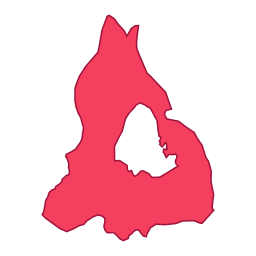 outline of Oyun, Kwara, Nigeria
{"feature_id": "59680162B5525087107293", "entity_name": "Oyun", "entity_type": "district", "adm_level": 2, "iso_a3": "NGA", "parent_name": "Nigeria", "parent_adm1": "Kwara", "projection": "equal_earth", "projection_center": [4.677, 8.186], "detail": "fine", "context": "isolated", "style": "filled", "palette": "rose", "viewbox_px": 256, "rotation_deg": 0, "n_neighbors": 0, "source": "geoboundaries", "source_scale": "gbopen_adm2", "svg_char_len": 2560}
<svg xmlns="http://www.w3.org/2000/svg" viewBox="0 0 256 256"><path d="M202.0,223.4L213.8,210.2L212.2,208.5L212.4,204.7L213.6,194.5L211.0,181.5L211.2,171.1L208.6,161.5L205.9,157.5L202.1,145.4L197.7,139.0L194.1,132.4L186.3,127.2L178.6,121.3L166.7,118.9L164.4,114.1L165.8,110.6L171.5,109.0L169.7,104.2L168.8,101.5L165.7,92.4L150.8,76.6L147.0,73.1L139.3,55.0L136.8,48.6L136.5,42.9L137.0,36.9L138.5,25.5L134.7,26.0L131.3,28.5L126.9,36.2L124.3,30.9L117.9,23.9L114.4,18.8L109.2,15.4L107.2,16.3L101.9,30.6L101.2,35.0L99.2,46.5L97.9,52.3L95.4,55.2L85.6,66.6L79.5,76.1L76.0,84.9L75.0,89.0L75.0,93.4L75.0,100.8L76.0,106.6L78.2,113.1L80.8,117.8L81.4,120.2L83.5,127.7L81.8,139.5L80.0,142.9L75.7,149.0L72.2,151.4L66.3,154.3L65.7,156.6L66.9,158.1L68.7,163.2L68.8,164.8L68.5,167.1L69.4,171.0L69.0,174.9L66.3,175.4L64.7,177.2L62.2,179.2L61.8,181.5L60.0,183.6L55.6,186.7L55.1,188.8L52.3,189.9L50.5,191.1L49.3,192.4L48.4,194.7L47.7,197.3L46.7,198.6L45.6,201.1L44.9,205.5L43.7,211.9L42.9,213.1L42.2,214.7L45.8,218.3L59.8,228.5L66.7,231.6L72.6,229.2L79.3,225.6L81.8,224.9L83.8,224.4L86.7,221.0L92.5,217.1L95.4,215.9L97.7,215.0L101.9,215.9L104.8,218.3L105.0,220.9L103.9,226.5L104.3,227.8L104.8,229.8L106.7,232.3L106.8,232.5L110.0,232.8L113.3,232.5L116.3,234.9L119.8,238.8L123.4,240.6L128.1,238.5L129.0,235.5L131.7,233.7L133.5,231.6L134.1,231.2L136.2,229.8L139.1,230.4L141.1,233.4L143.4,236.0L146.3,236.7L146.9,234.1L150.5,227.7L156.1,224.1L161.9,224.5L164.4,224.7L170.4,224.1L175.8,223.5L182.5,221.0L187.5,220.8L190.2,220.7L194.0,220.7L199.5,222.9L202.0,223.4ZM114.5,146.3L117.1,140.9L119.3,136.5L122.3,131.0L124.5,122.5L124.9,120.9L125.9,118.1L128.4,114.2L129.7,112.4L133.7,108.3L136.2,104.9L140.0,102.9L142.5,103.9L145.5,105.2L147.1,106.6L150.4,108.2L152.7,112.5L153.9,114.7L154.9,117.0L156.5,119.3L157.0,121.0L157.4,121.7L157.2,122.7L157.5,124.2L157.7,125.7L158.1,131.1L158.9,134.2L158.8,136.0L161.1,137.5L159.3,141.5L160.4,142.4L159.7,144.4L160.3,145.0L160.9,145.7L162.1,146.9L163.8,145.0L165.5,142.7L165.9,142.7L166.0,142.8L166.6,144.7L166.6,146.8L166.8,146.9L167.0,147.1L166.5,148.0L167.4,149.2L166.4,149.7L163.7,149.0L163.2,152.2L163.8,152.6L166.3,157.6L169.1,154.3L172.9,154.7L175.2,154.1L177.3,155.8L175.4,161.2L175.7,163.5L178.0,165.9L173.3,169.0L166.4,173.3L163.5,174.9L160.0,177.1L154.0,177.4L152.5,177.4L150.0,175.5L149.3,174.0L145.7,172.1L143.6,171.0L142.0,170.8L140.5,171.4L136.9,175.3L134.6,176.3L132.8,173.9L131.5,170.5L128.5,171.5L127.3,169.6L127.4,167.9L127.1,165.5L119.7,160.6L114.6,160.7L114.5,146.3Z" fill="#f43f5e" stroke="#9f1239" stroke-width="1.5"/></svg>